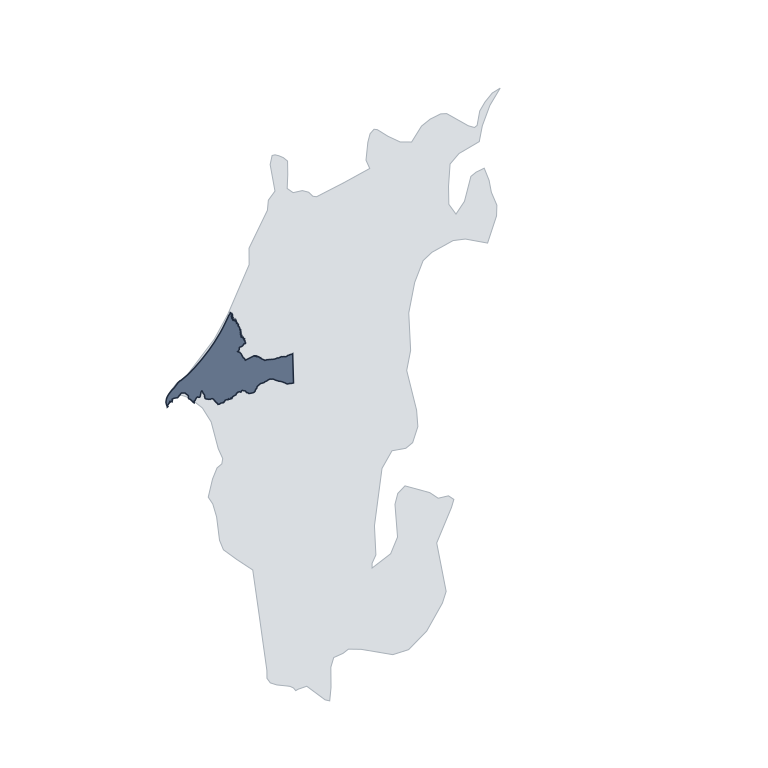 Pococi, Limón, Costa Rica (highlighted), rotated 242°
{"feature_id": "36466004B96368575688704", "entity_name": "Pococi", "entity_type": "district", "adm_level": 2, "iso_a3": "CRI", "parent_name": "Costa Rica", "parent_adm1": "Limón", "projection": "albers", "projection_center": [-83.671, 10.502], "detail": "fine", "context": "in_parent", "style": "filled", "palette": "slate", "viewbox_px": 768, "rotation_deg": 242, "n_neighbors": 0, "source": "geoboundaries", "source_scale": "gbopen_adm2", "svg_char_len": 7589}
<svg xmlns="http://www.w3.org/2000/svg" viewBox="0 0 768 768"><g transform="rotate(242 384 384)"><path d="M638.3,392.5L637.5,395.4L634.8,398.4L631.1,401.4L626.1,403.5L614.0,397.3L602.1,390.3L595.6,393.6L593.1,402.7L588.7,407.5L583.2,409.3L581.0,412.4L580.6,443.4L581.0,472.6L590.1,473.2L605.1,483.3L611.5,489.2L613.6,494.8L611.7,497.5L600.7,503.9L590.1,511.9L584.7,522.0L594.1,538.2L596.2,549.2L595.9,560.8L593.3,566.3L572.5,579.6L568.0,584.3L568.6,587.6L580.1,596.7L585.6,605.6L590.1,616.2L590.7,625.5L580.3,608.3L565.8,592.0L553.3,581.9L552.3,558.4L547.2,545.6L528.3,533.8L512.2,525.6L500.2,527.3L507.5,540.8L526.5,558.2L527.8,564.8L527.5,573.8L514.5,572.4L502.9,568.8L488.9,567.6L479.6,562.3L459.8,541.6L473.8,523.9L478.2,512.3L477.8,488.2L474.6,476.5L459.3,458.8L435.1,439.2L401.2,423.3L385.3,410.4L345.6,400.5L330.5,393.9L318.8,381.8L317.0,373.1L321.3,359.7L310.4,342.6L263.3,309.0L236.9,296.6L231.3,289.3L227.1,287.1L231.0,310.2L242.5,324.1L272.6,337.2L280.9,344.8L284.2,354.7L266.6,373.4L257.7,378.2L255.0,388.4L249.3,391.5L243.3,385.6L218.9,355.9L171.7,341.5L163.2,332.8L145.8,305.7L137.9,281.0L140.9,264.7L160.5,239.2L166.6,228.1L165.4,221.3L166.1,211.2L158.9,204.1L141.0,194.8L129.7,187.3L132.8,183.7L153.4,173.9L154.8,165.0L154.7,162.1L158.1,161.4L161.1,159.1L162.9,156.6L168.6,148.1L173.5,143.3L179.1,142.5L186.0,146.1L211.8,155.5L240.5,166.0L281.4,180.8L298.4,171.5L313.0,164.4L323.2,165.4L345.2,173.8L358.4,176.5L366.6,175.7L380.6,188.0L388.3,197.2L389.6,203.3L393.9,206.6L404.8,207.3L431.7,213.6L448.1,212.4L463.0,205.8L471.2,197.9L473.8,185.5L477.6,191.6L482.0,201.3L484.0,213.7L503.3,255.3L518.7,278.6L552.6,320.9L567.3,328.6L592.1,362.6L600.6,368.2L605.5,378.3L631.2,386.5L638.3,392.5Z" fill="#d9dde1" stroke="#a8b0b8" stroke-width="1"/><path d="M517.2,278.7L516.5,278.0L512.4,272.4L509.3,268.1L506.3,263.6L500.6,254.0L496.2,245.5L492.0,236.2L490.3,232.1L486.9,223.2L486.5,221.7L485.4,218.6L484.3,214.9L482.4,206.2L482.6,205.6L481.9,202.8L479.1,196.9L478.3,194.2L476.4,189.9L475.3,187.9L474.1,186.2L472.8,184.8L471.4,183.7L470.3,182.9L468.5,182.4L467.0,182.1L465.8,182.0L465.3,181.8L465.5,182.7L466.0,182.6L466.5,182.6L466.9,183.0L467.2,184.0L467.7,184.6L468.0,185.5L468.4,185.8L468.7,186.4L469.2,186.7L469.1,187.0L468.8,187.1L468.5,186.6L468.3,186.5L468.3,186.8L468.6,187.2L468.6,187.8L468.2,188.2L467.8,188.4L467.7,188.6L468.3,188.8L468.7,189.4L469.6,189.5L469.9,189.7L470.1,189.9L469.9,190.5L470.1,191.0L470.0,191.8L469.5,193.4L469.1,194.6L468.9,194.9L468.8,195.3L469.5,197.2L470.0,197.8L470.0,198.6L470.2,198.8L470.3,199.2L470.7,199.6L471.0,200.4L471.1,200.9L471.0,201.3L470.3,202.3L470.1,202.9L469.4,204.1L469.1,204.3L468.0,204.6L466.5,205.4L465.7,205.7L465.3,205.7L464.5,205.3L463.8,204.8L463.3,204.7L462.6,204.7L462.3,204.9L461.8,205.4L461.1,205.9L460.0,206.1L459.1,206.5L457.8,206.8L456.4,207.5L456.7,207.8L457.3,208.1L458.1,208.4L458.1,209.4L459.3,211.0L460.0,212.2L460.1,213.4L459.3,214.0L458.9,214.8L458.9,215.2L459.7,216.3L460.9,217.1L461.2,217.5L462.6,218.4L463.4,219.7L463.4,220.0L463.1,220.1L461.5,220.1L460.7,219.9L459.3,220.3L458.2,220.3L457.5,219.7L457.1,219.6L456.6,219.7L455.9,219.3L455.1,219.3L454.3,219.9L453.7,220.7L453.5,221.2L452.9,221.7L452.7,222.1L452.7,222.5L452.0,223.3L452.0,223.7L452.0,224.9L451.5,225.8L450.6,226.1L450.3,226.4L448.6,226.5L448.4,226.6L448.0,227.0L447.3,226.9L447.0,227.1L446.5,227.1L446.0,227.4L445.7,227.4L445.3,227.8L443.9,227.8L443.7,228.7L443.4,229.3L443.4,229.6L443.6,229.9L443.7,231.2L443.1,232.7L443.1,233.1L443.3,233.5L443.2,233.7L442.9,233.6L442.9,234.0L443.4,234.6L443.5,235.2L444.2,235.9L444.1,236.4L444.2,237.0L444.0,237.9L443.6,238.3L443.7,238.8L443.3,239.0L443.4,239.4L443.7,239.7L443.4,239.8L442.9,240.7L443.0,241.3L442.7,242.3L443.4,242.3L443.3,242.8L442.8,243.1L443.1,243.7L443.5,244.0L443.8,244.3L443.9,244.9L443.9,245.6L444.0,246.1L443.9,246.9L444.0,247.5L443.9,248.2L445.1,249.5L445.0,250.6L445.4,251.0L445.2,251.6L445.2,252.5L445.0,252.8L444.2,253.4L444.0,254.0L444.9,255.1L444.9,256.0L443.9,256.9L443.4,257.8L442.9,258.3L442.4,258.5L441.2,258.5L440.9,258.6L440.3,259.7L439.5,259.9L439.0,260.2L438.4,261.9L437.7,264.4L437.7,265.5L438.2,266.9L439.0,267.5L439.4,268.4L439.7,268.6L439.9,269.6L441.3,270.8L441.9,273.1L442.0,274.1L442.2,274.4L442.4,275.2L441.9,276.8L441.9,277.6L441.6,278.2L441.6,279.0L441.9,279.7L441.7,281.8L441.9,283.5L442.1,283.9L441.9,284.6L441.9,285.7L441.4,286.3L440.5,288.2L439.9,288.9L438.6,289.8L437.3,291.0L436.8,291.7L436.0,292.2L434.7,294.1L433.3,295.6L432.7,295.9L432.4,296.2L431.7,297.0L430.0,298.0L429.9,298.3L429.3,298.8L429.2,299.4L429.0,299.8L429.0,300.1L428.8,300.4L428.8,301.1L428.1,302.1L427.4,304.6L453.6,317.6L453.5,316.9L453.7,316.4L453.7,315.9L454.0,315.3L454.1,314.5L454.0,313.7L454.4,312.6L454.4,312.1L454.2,311.8L454.1,310.6L454.2,310.2L454.7,309.1L455.0,308.9L455.3,308.3L455.6,307.3L456.2,306.6L456.4,306.2L456.4,305.6L456.2,305.1L456.5,304.4L456.4,303.2L456.7,302.6L457.0,302.3L457.1,302.0L457.1,301.7L457.2,301.1L457.1,300.8L457.3,299.6L457.4,298.8L457.7,298.3L457.8,297.8L458.1,297.1L458.6,296.3L458.7,295.8L459.1,294.9L459.6,294.1L459.6,293.7L459.9,293.2L460.1,292.6L460.5,292.1L460.4,291.5L460.7,290.5L460.7,290.2L461.0,290.0L460.9,289.8L461.1,289.7L462.7,288.6L463.1,288.1L464.4,287.5L464.6,287.3L465.0,287.4L465.0,287.0L465.4,286.7L465.7,286.8L465.9,286.7L466.2,286.6L466.3,286.3L467.0,286.0L467.1,285.7L467.3,285.4L467.8,285.4L468.0,285.0L467.8,284.6L467.9,284.4L468.7,284.5L468.9,284.4L468.9,283.8L469.2,283.5L468.9,283.3L469.0,283.1L469.3,282.9L469.6,282.8L469.7,283.0L470.0,282.5L469.9,282.0L470.0,277.8L470.1,272.7L472.0,272.8L472.3,272.7L473.0,272.1L474.7,272.0L475.3,272.1L475.6,271.9L477.2,272.1L478.2,271.9L478.8,271.6L479.3,271.6L479.9,271.5L480.6,270.4L480.8,270.2L481.2,270.1L481.1,270.4L481.7,271.0L481.8,271.4L482.4,272.4L483.2,272.9L483.6,273.0L484.0,273.3L484.2,273.7L484.1,275.1L483.9,275.6L484.1,277.1L484.3,277.6L484.5,277.9L484.8,278.5L485.2,279.1L484.8,280.5L484.9,280.8L485.2,281.1L485.4,281.0L486.5,281.0L486.9,281.4L487.6,281.3L488.2,281.1L488.7,281.2L488.6,281.5L489.3,281.3L489.5,281.7L489.7,281.2L490.1,281.1L490.3,281.2L490.2,281.5L490.3,281.6L491.7,281.5L491.7,281.3L491.2,281.3L491.3,281.1L491.7,280.9L492.0,280.5L492.2,280.8L492.7,280.7L492.2,280.3L492.7,279.9L492.8,280.0L492.8,280.3L493.3,280.2L493.5,280.3L493.5,281.0L493.7,281.3L493.8,281.2L493.9,280.8L494.0,280.6L494.9,280.5L494.9,281.0L495.5,281.1L495.5,281.4L495.6,281.5L495.9,281.5L495.9,281.1L496.1,281.1L496.2,281.6L496.5,281.8L496.6,281.6L496.6,281.4L496.2,281.1L496.6,281.1L496.8,281.2L497.0,281.8L497.7,282.0L497.8,282.3L498.2,282.2L498.3,282.4L498.6,282.6L498.6,282.2L499.0,282.3L499.1,282.2L499.3,282.2L499.5,282.2L499.5,282.7L500.0,282.7L500.5,282.6L500.9,282.8L501.8,282.8L501.9,283.0L502.3,283.0L502.8,282.8L503.3,282.8L503.9,282.4L504.0,282.5L504.2,282.9L504.6,283.0L504.7,283.3L505.0,283.4L505.1,283.2L505.5,283.2L505.9,283.0L506.4,282.9L506.6,282.5L506.9,283.0L507.2,282.9L507.6,282.7L507.9,282.9L508.2,282.7L508.9,283.1L509.9,283.2L509.2,282.6L509.5,282.6L510.2,282.8L510.2,282.2L509.9,281.9L510.2,281.7L511.0,281.7L510.8,281.0L511.1,280.5L511.8,280.6L511.5,281.6L511.5,281.9L511.6,282.0L511.7,281.8L511.7,281.4L512.5,280.6L512.8,280.7L513.2,281.4L513.5,280.5L513.8,280.5L514.0,280.6L514.1,280.9L514.0,281.6L514.1,281.8L514.7,281.6L515.0,281.0L515.6,281.0L515.8,281.3L515.6,281.9L516.0,281.8L516.2,282.1L516.0,282.4L516.0,282.7L516.6,282.8L517.3,282.5L517.6,282.8L517.8,282.8L517.9,282.6L517.8,282.0L517.8,281.9L518.3,281.8L518.8,282.0L519.1,282.0L519.3,281.8L518.3,281.0L517.2,278.7Z" fill="#64748b" stroke="#1e293b" stroke-width="1.5"/></g></svg>